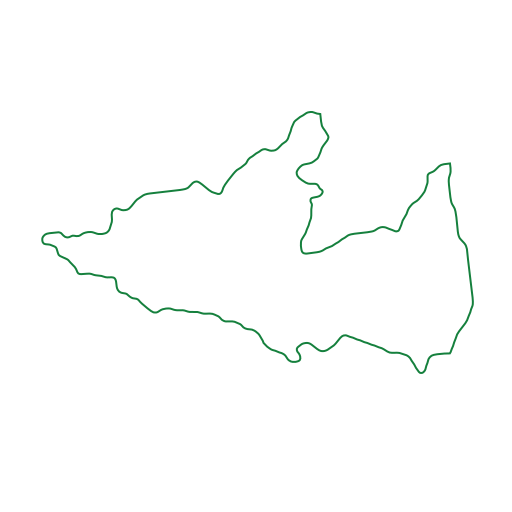 the district of Los Llanos, San Pedro de Macorís, Dominican Republic, rotated 263°
{"feature_id": "3306468B56210487942158", "entity_name": "Los Llanos", "entity_type": "district", "adm_level": 2, "iso_a3": "DOM", "parent_name": "Dominican Republic", "parent_adm1": "San Pedro de Macorís", "projection": "albers", "projection_center": [-69.487, 18.651], "detail": "fine", "context": "isolated", "style": "outline", "palette": "green", "viewbox_px": 512, "rotation_deg": 263, "n_neighbors": 0, "source": "geoboundaries", "source_scale": "gbopen_adm2", "svg_char_len": 6105}
<svg xmlns="http://www.w3.org/2000/svg" viewBox="0 0 512 512"><g transform="rotate(263 256 256)"><path d="M303.6,63.0L303.8,53.9L303.6,51.3L303.1,49.6L302.7,48.9L301.8,47.7L300.7,46.7L300.0,46.3L299.2,46.0L297.7,45.8L296.2,45.9L295.5,46.1L294.2,46.9L293.8,47.5L293.3,48.8L292.7,51.6L292.3,53.0L289.9,57.3L288.9,58.4L287.5,59.0L282.9,59.8L281.4,60.2L280.8,60.6L279.8,61.6L275.8,68.1L274.8,69.2L272.4,70.8L267.1,74.8L265.0,75.8L261.6,76.8L260.4,77.5L260.0,78.1L259.6,78.8L259.3,80.4L259.0,86.3L258.7,88.9L258.2,90.4L256.9,93.1L256.4,94.6L255.1,100.0L253.3,104.1L252.9,105.8L252.5,110.0L252.1,111.5L251.8,112.2L251.3,112.8L250.6,113.3L249.2,113.8L247.6,114.0L242.5,114.0L240.8,114.2L239.2,114.7L237.3,115.9L236.0,117.7L235.5,119.1L234.7,121.8L234.1,123.0L231.1,125.7L229.8,127.3L229.1,128.6L228.1,132.1L227.4,133.3L226.4,134.2L224.6,135.4L222.6,137.0L217.2,142.0L214.1,145.2L212.6,147.3L212.2,148.9L212.1,150.5L212.5,151.9L214.0,155.1L214.5,156.8L214.8,160.3L214.6,163.0L214.2,164.7L212.6,168.1L212.1,169.6L211.7,171.3L211.1,176.7L210.6,178.4L209.1,181.7L208.6,183.3L207.5,191.2L206.9,192.7L205.7,195.4L205.2,196.9L204.9,198.7L204.5,203.1L203.9,205.7L202.9,207.7L200.7,211.3L199.7,212.3L196.9,214.3L195.6,216.0L194.9,217.4L194.7,218.3L194.0,224.4L193.3,226.8L190.4,231.8L189.5,232.8L186.7,234.8L185.4,236.5L184.5,238.6L183.8,241.6L183.4,243.1L182.1,245.3L181.0,246.6L178.5,248.9L177.0,249.8L171.0,252.4L168.8,252.9L164.7,256.0L163.1,257.7L161.6,259.4L160.8,260.7L159.6,263.6L157.4,267.5L156.5,269.6L155.2,271.5L153.6,273.0L149.6,275.0L148.5,275.9L147.1,277.7L146.5,279.3L146.1,282.5L146.4,284.8L146.9,286.2L147.4,286.8L148.8,287.5L151.0,287.6L152.4,287.3L153.8,286.8L156.1,285.4L157.4,285.1L158.8,285.2L160.0,285.9L160.8,287.0L162.6,290.0L163.2,291.3L163.5,292.9L163.6,294.6L163.5,296.2L163.0,297.8L162.2,299.2L161.1,300.5L156.4,305.2L154.8,307.1L154.0,308.5L153.7,309.3L153.4,310.9L153.4,312.5L153.7,314.1L154.2,315.6L157.8,322.4L159.3,324.3L164.5,329.7L165.9,331.7L166.4,333.2L166.4,334.8L166.3,335.6L165.7,336.9L164.3,339.4L163.1,342.3L160.8,346.2L159.6,349.1L157.3,353.0L156.1,355.9L153.9,359.8L152.7,362.7L150.5,366.6L149.2,369.5L147.9,371.4L145.2,374.7L143.9,376.9L143.3,379.3L142.8,384.2L142.3,386.6L139.1,393.4L137.7,395.1L135.9,396.5L133.1,397.7L129.1,399.8L125.4,401.2L121.2,403.5L120.2,404.4L119.9,405.1L119.7,406.5L120.2,407.9L121.6,409.5L122.8,410.3L126.3,411.7L128.9,413.1L132.5,414.6L134.2,416.0L135.5,417.9L135.8,418.7L136.2,420.4L136.4,423.9L136.2,431.2L135.7,436.5L136.8,437.4L140.1,439.1L142.6,440.6L146.2,442.2L149.5,444.0L153.7,446.1L156.5,448.4L163.7,455.5L166.5,457.7L170.7,459.9L174.0,461.8L176.9,463.0L180.2,464.8L181.7,465.3L184.4,465.7L188.1,465.9L226.2,466.0L237.2,466.2L240.2,465.7L241.7,465.2L243.3,464.3L247.0,461.6L248.5,460.6L249.3,460.2L251.1,459.7L252.9,459.4L255.7,459.3L270.1,459.6L275.8,459.4L278.6,459.0L280.3,458.4L283.5,457.0L285.2,456.5L287.0,456.3L290.7,456.1L303.0,456.2L306.7,456.4L308.5,456.7L310.2,457.1L314.2,458.9L315.9,459.4L319.6,459.8L324.2,459.8L324.2,453.9L324.0,452.2L323.7,450.6L322.6,448.4L319.5,444.4L318.6,443.0L318.0,441.6L317.0,438.1L316.2,437.0L315.7,436.5L314.3,436.0L309.0,435.4L307.4,435.0L300.5,431.8L299.1,430.9L296.0,428.1L292.5,424.4L291.1,422.4L289.4,418.8L288.5,417.4L286.8,415.5L285.0,413.7L282.9,412.3L279.3,410.5L273.3,405.9L269.0,403.9L264.8,401.5L263.8,400.6L263.5,399.9L263.3,398.5L263.6,397.2L265.3,394.2L266.7,391.4L268.5,388.2L269.0,386.7L269.3,385.1L269.3,383.5L269.0,381.9L268.5,380.4L266.9,377.1L266.4,375.5L266.2,373.9L266.0,369.5L266.1,356.5L265.9,352.9L265.6,351.1L265.1,349.6L263.3,346.3L262.1,343.4L259.8,339.5L258.6,336.6L256.6,332.6L255.0,326.4L253.4,323.0L252.9,321.5L252.5,319.7L252.3,317.0L252.2,306.9L252.4,305.3L252.9,303.8L253.4,303.1L254.1,302.6L254.8,302.2L256.3,301.9L258.0,301.8L260.6,301.8L264.1,302.3L265.8,302.8L267.2,303.7L271.8,307.4L273.2,308.3L276.1,309.7L280.0,312.0L282.9,313.2L286.9,315.2L289.5,315.8L295.7,316.6L299.7,317.7L300.8,317.7L303.5,316.8L304.8,316.9L305.4,317.1L306.0,317.4L306.5,318.0L306.8,318.7L307.0,320.2L307.3,324.3L307.7,326.0L308.0,326.8L308.9,328.1L310.0,329.2L311.3,329.9L312.1,330.0L313.3,329.6L315.1,327.7L315.6,327.4L318.5,326.2L319.5,325.4L320.0,324.7L320.5,323.3L321.1,318.3L321.5,316.6L322.8,314.3L325.6,310.9L328.1,308.4L330.3,307.0L331.9,306.5L333.5,306.5L334.3,306.6L335.8,307.4L337.7,309.0L339.3,310.9L340.2,312.4L340.6,313.1L341.0,314.9L341.4,320.3L341.9,322.8L342.9,324.9L345.1,328.6L345.5,329.1L346.7,330.0L351.0,332.5L354.6,334.2L355.8,335.0L357.7,336.6L361.9,340.7L363.2,341.6L364.5,342.2L365.2,342.4L366.5,342.2L371.7,339.9L375.0,338.1L377.2,337.3L381.4,337.0L389.1,337.1L389.9,334.0L391.5,330.7L392.1,329.3L392.3,327.7L392.2,325.2L391.8,323.6L389.8,319.7L388.6,316.7L385.6,311.7L384.7,310.6L384.2,310.1L379.9,307.5L378.6,306.8L375.6,305.6L371.7,303.5L368.9,302.2L367.6,301.3L366.1,299.7L363.9,295.6L360.2,291.0L359.3,289.5L358.7,288.0L358.5,286.4L358.6,284.0L359.0,282.5L360.8,278.6L361.0,277.1L360.9,275.6L360.4,274.2L359.0,271.6L357.8,268.7L355.5,264.8L354.2,262.0L353.3,260.8L352.3,259.7L349.5,257.7L348.6,256.7L345.6,251.8L343.6,247.5L342.1,245.5L340.4,243.6L334.3,237.4L330.5,233.9L327.8,231.9L325.1,230.6L323.9,229.9L322.9,229.0L322.2,227.8L322.1,227.1L322.2,225.8L324.2,221.4L325.0,219.9L327.2,217.3L333.5,211.3L335.8,208.8L336.7,207.4L337.0,206.7L337.2,205.9L337.1,204.3L336.9,203.6L336.2,202.1L333.1,198.3L332.1,197.0L331.5,195.5L331.1,193.8L330.9,191.2L330.8,188.6L331.0,158.3L330.9,155.7L330.5,153.2L330.0,151.6L326.5,144.8L324.9,142.8L320.8,138.6L319.2,136.7L318.3,135.4L317.7,133.8L317.5,132.2L317.6,129.8L318.0,128.3L319.9,124.6L320.2,123.1L319.9,121.5L319.6,120.8L318.7,119.6L317.6,118.7L316.9,118.4L314.6,117.8L309.7,117.5L307.3,117.0L300.4,113.9L299.2,113.0L298.2,111.9L297.3,110.5L296.9,109.0L296.7,107.4L296.6,105.7L297.0,102.4L297.5,100.9L299.1,97.6L299.7,96.1L300.0,94.5L300.2,92.0L300.0,89.6L299.7,88.0L299.2,86.5L297.9,83.9L297.5,82.5L297.6,80.3L298.3,77.8L298.5,76.6L298.3,75.5L297.5,73.0L297.4,71.6L297.5,70.8L297.7,70.1L298.3,68.8L299.8,67.3L302.4,65.4L303.1,64.3L303.6,63.0Z" fill="none" stroke="#15803d" stroke-width="2"/></g></svg>